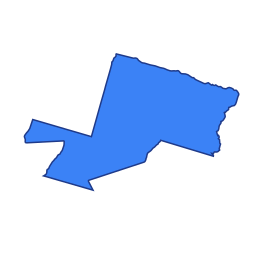 an SVG outline of Wouleu-Ntem, rotated 16°
{"feature_id": "GAB-2187", "entity_name": "Wouleu-Ntem", "entity_type": "Province", "adm_level": 1, "iso_a3": "GAB", "parent_name": "Gabon", "parent_adm1": "", "projection": "albers", "projection_center": [12.153, 1.276], "detail": "fine", "context": "isolated", "style": "filled", "palette": "blue", "viewbox_px": 256, "rotation_deg": 16, "n_neighbors": 0, "source": "natural_earth", "source_scale": "10m", "svg_char_len": 3044}
<svg xmlns="http://www.w3.org/2000/svg" viewBox="0 0 256 256"><g transform="rotate(16 128 128)"><path d="M116.5,58.6L117.5,58.7L118.1,59.0L119.5,60.1L122.9,61.3L123.9,61.4L126.1,61.1L131.9,61.2L137.0,60.8L142.0,61.1L145.9,60.8L147.1,60.9L149.8,61.3L152.7,61.4L154.0,61.2L156.5,60.3L157.8,60.1L158.5,59.9L159.9,59.2L160.6,59.1L161.4,59.4L163.5,60.8L164.7,61.0L168.4,60.2L170.9,60.3L174.6,61.5L175.8,61.9L177.3,61.5L178.4,62.3L180.0,62.9L188.9,64.3L190.3,64.0L191.2,63.4L192.0,62.8L192.8,62.4L193.9,62.8L195.4,63.4L196.7,63.7L197.3,62.9L198.2,63.3L199.1,63.3L199.8,63.1L200.5,62.4L202.5,63.1L203.7,63.3L204.4,63.1L205.3,62.7L206.4,62.9L208.2,63.7L211.0,63.4L211.7,63.1L213.0,61.8L213.8,61.3L214.3,61.1L216.3,61.1L218.2,61.5L219.1,62.2L219.6,62.4L220.2,62.4L221.1,62.0L221.6,61.9L222.3,62.2L223.4,63.0L224.4,63.9L225.0,64.6L225.3,65.6L225.0,67.6L225.0,69.2L225.0,73.2L224.8,75.4L224.1,77.0L221.8,78.3L221.4,78.6L220.2,79.9L219.8,80.1L219.2,80.4L219.2,80.9L219.6,82.2L219.4,82.8L219.1,83.3L218.7,83.7L218.2,84.3L217.8,85.0L217.3,86.1L216.5,86.3L216.3,86.6L217.1,87.8L217.7,89.0L218.0,89.5L218.3,90.3L218.2,91.3L217.5,93.8L217.0,94.8L216.3,95.6L215.5,96.1L216.0,97.3L215.8,98.4L215.3,99.7L215.1,101.1L215.5,104.1L215.3,105.7L214.1,107.0L215.2,108.9L216.4,110.6L216.9,110.1L217.6,110.7L218.1,111.5L218.2,112.4L217.8,113.4L219.2,114.0L220.4,117.3L221.4,117.9L221.3,118.5L221.4,121.6L221.4,122.2L221.4,122.7L221.6,123.1L222.2,123.9L222.1,124.3L221.7,124.5L221.0,125.8L220.1,126.5L219.0,126.9L218.0,127.0L217.5,127.4L217.3,128.4L216.8,129.2L215.5,129.3L216.2,129.9L217.0,130.2L217.6,130.6L217.8,131.6L162.8,130.8L162.8,131.3L162.6,132.0L162.4,132.4L161.7,133.4L161.5,133.6L161.4,133.9L161.4,134.1L161.3,135.0L161.2,135.2L161.0,135.5L160.1,136.4L158.9,138.8L158.7,139.1L157.7,140.3L157.5,140.6L157.3,141.0L157.2,141.3L156.5,142.9L156.0,143.8L154.1,146.2L154.0,146.3L153.7,147.4L153.7,148.8L153.9,151.2L153.9,151.6L153.7,152.3L153.7,152.6L153.7,152.9L153.8,153.1L153.9,153.3L153.9,153.5L153.6,155.3L153.3,155.9L152.8,156.4L105.1,188.8L104.5,189.3L104.5,189.7L104.8,190.3L111.5,197.4L60.1,197.3L60.5,196.9L60.9,196.3L61.0,196.2L61.3,196.0L61.8,195.4L62.1,194.6L62.2,194.2L62.2,193.9L62.2,193.1L61.7,190.9L61.8,190.2L62.0,189.9L62.3,189.6L62.6,189.4L62.8,189.1L62.9,188.8L63.0,188.2L63.2,186.5L64.6,181.6L64.9,181.0L65.7,179.6L65.7,179.4L66.0,178.6L66.1,178.3L66.3,177.9L66.6,177.5L67.1,176.7L67.4,176.2L68.1,173.5L68.2,173.3L68.3,173.2L68.6,172.8L69.6,172.0L69.7,171.7L69.9,171.3L70.2,169.7L70.9,167.9L71.0,167.1L71.2,162.5L71.0,161.0L70.3,158.4L70.0,158.2L69.5,158.2L34.9,170.1L33.9,170.3L33.4,170.2L33.0,169.6L32.5,167.6L32.2,167.0L31.8,166.4L30.8,165.0L30.7,164.1L31.0,162.8L32.0,160.2L32.7,158.9L33.7,155.6L34.1,146.1L35.6,146.1L55.5,146.2L70.5,146.3L75.4,146.3L95.2,146.4L95.1,129.0L95.0,111.6L95.0,97.7L94.9,94.2L94.9,76.8L94.8,71.5L94.3,69.0L94.8,68.3L95.0,67.5L95.1,66.7L95.1,65.8L95.2,64.7L95.7,64.0L96.2,63.3L96.6,62.4L96.5,61.5L96.2,60.6L96.3,60.0L114.0,59.4L115.7,58.7L116.5,58.6Z" fill="#3b82f6" stroke="#1e3a8a" stroke-width="1.5"/></g></svg>